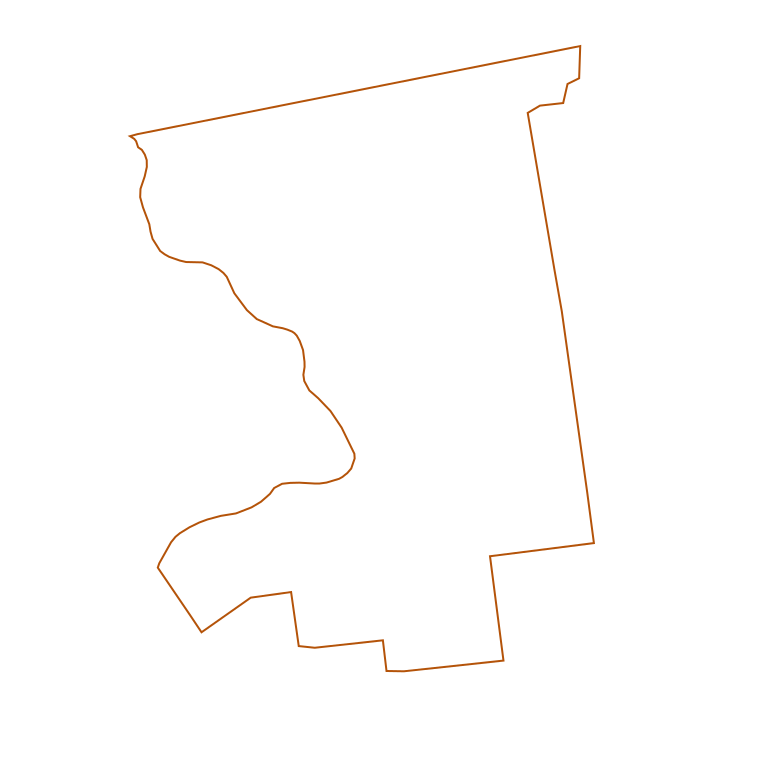 Scioto, Ohio, United States of America, rotated 79°
{"feature_id": "52423323B59045982564985", "entity_name": "Scioto", "entity_type": "district", "adm_level": 2, "iso_a3": "USA", "parent_name": "United States of America", "parent_adm1": "Ohio", "projection": "robinson", "projection_center": [-82.99, 38.793], "detail": "fine", "context": "isolated", "style": "outline", "palette": "amber", "viewbox_px": 768, "rotation_deg": 79, "n_neighbors": 0, "source": "geoboundaries", "source_scale": "gbopen_adm2", "svg_char_len": 1300}
<svg xmlns="http://www.w3.org/2000/svg" viewBox="0 0 768 768"><g transform="rotate(79 384 384)"><path d="M529.2,205.2L346.5,195.6L305.0,194.9L145.3,191.2L140.5,177.8L142.4,154.5L124.5,146.6L121.1,134.1L89.7,126.9L91.7,578.3L92.3,586.0L95.7,582.4L98.4,581.0L104.7,580.2L108.0,577.0L113.2,575.0L119.0,574.2L125.7,575.4L134.6,579.3L146.0,585.8L154.1,587.7L164.6,586.9L182.4,583.9L189.9,584.1L197.4,583.5L210.8,578.3L214.8,574.6L218.2,570.6L223.9,560.8L226.5,555.0L230.0,538.9L234.5,530.9L239.7,524.4L244.4,520.4L248.8,517.9L266.4,513.6L285.3,504.5L296.0,496.5L303.9,485.3L306.2,482.1L309.9,472.8L312.2,468.5L315.0,464.2L317.0,462.2L319.9,460.4L325.7,458.5L335.2,457.0L347.0,457.8L352.1,458.7L359.6,461.4L365.9,461.7L376.1,458.5L385.4,451.3L400.3,441.7L418.8,433.9L446.8,426.4L451.5,427.0L460.7,432.3L464.5,437.1L465.6,439.3L467.3,442.5L468.5,446.2L469.8,459.2L469.4,466.2L468.6,470.5L464.7,486.0L463.2,494.8L462.5,503.1L465.1,511.6L470.1,516.9L476.1,527.2L479.8,537.5L482.8,554.0L482.3,569.3L483.3,583.2L484.7,591.7L487.5,602.2L491.5,612.8L494.2,617.8L498.7,623.2L517.1,638.8L521.1,641.1L575.7,617.7L592.9,610.5L568.3,555.6L570.5,514.9L625.0,517.7L629.7,502.3L635.4,434.0L666.2,436.3L669.8,419.3L678.3,319.5L573.3,312.8L580.2,208.3L529.2,205.2Z" fill="none" stroke="#b45309" stroke-width="2"/></g></svg>